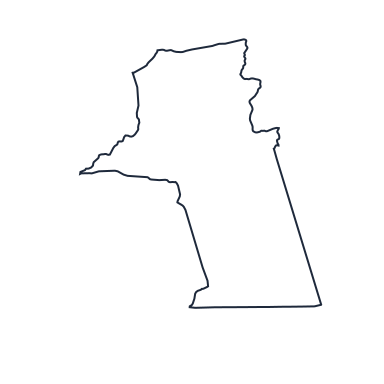 outline of Tarija, rotated 73°
{"feature_id": "BOL-1941", "entity_name": "Tarija", "entity_type": "Department", "adm_level": 1, "iso_a3": "BOL", "parent_name": "Bolivia", "parent_adm1": "", "projection": "mercator", "projection_center": [-64.397, -21.882], "detail": "fine", "context": "isolated", "style": "outline", "palette": "slate", "viewbox_px": 384, "rotation_deg": 73, "n_neighbors": 0, "source": "natural_earth", "source_scale": "10m", "svg_char_len": 3864}
<svg xmlns="http://www.w3.org/2000/svg" viewBox="0 0 384 384"><g transform="rotate(73 192 192)"><path d="M301.5,227.9L300.7,227.6L300.4,226.9L300.3,226.0L299.9,225.0L298.8,223.8L294.7,220.9L290.2,218.7L288.9,217.3L288.2,215.4L288.1,212.2L287.5,210.9L287.8,210.1L287.8,209.1L287.2,205.2L286.9,204.2L285.5,203.9L281.4,203.1L267.3,203.9L267.2,203.9L237.3,203.7L207.3,203.5L203.7,204.2L202.1,205.0L197.7,209.0L196.6,208.5L192.7,205.0L190.8,204.1L181.9,203.5L179.3,204.0L178.0,204.6L177.6,204.9L177.6,205.5L176.7,207.8L176.3,209.8L176.0,210.6L175.3,211.4L174.5,211.7L173.9,212.0L173.4,212.3L172.5,214.0L171.1,219.8L168.1,227.4L167.4,228.5L165.5,229.6L164.8,230.3L157.7,248.9L155.4,252.3L150.5,257.0L149.1,259.5L145.0,275.0L144.9,282.4L144.1,284.4L141.8,292.4L142.0,293.7L140.2,292.8L139.8,288.0L138.7,286.5L139.4,284.1L139.1,281.3L137.8,279.0L135.7,278.0L134.7,277.2L132.2,271.7L131.2,270.9L130.4,270.6L129.7,270.0L129.5,268.5L129.6,267.3L130.1,265.3L130.2,264.2L130.5,263.1L131.3,262.2L132.0,261.2L132.2,259.6L126.9,254.4L125.5,252.5L124.9,250.1L124.6,249.5L122.9,248.4L122.3,247.6L122.4,246.6L123.1,244.6L123.0,243.4L121.7,242.3L119.7,240.9L118.5,239.1L119.4,236.7L120.7,235.2L121.3,233.8L121.3,232.1L120.4,230.0L119.6,228.8L117.1,225.7L116.2,225.0L114.3,224.6L112.1,223.5L110.3,222.1L108.3,221.8L107.5,221.6L106.7,221.7L105.0,222.5L104.1,222.6L100.3,221.7L93.7,217.9L75.8,213.7L59.6,213.9L61.2,213.9L61.1,213.6L58.5,201.4L57.6,198.3L57.2,197.9L56.5,197.3L55.3,195.6L52.9,190.8L51.4,188.5L50.7,187.7L49.7,186.8L49.1,186.0L48.6,185.2L48.2,184.8L47.7,184.3L47.4,184.1L46.4,183.6L47.2,178.9L47.9,177.3L48.8,176.4L49.3,175.6L49.6,174.7L49.9,171.7L50.1,170.8L50.5,170.1L50.8,169.8L52.1,168.3L53.4,166.1L55.0,161.7L55.3,160.4L55.4,159.4L55.3,156.1L55.7,150.3L58.3,129.7L58.2,127.6L58.2,123.5L58.3,122.5L59.9,116.8L61.1,98.2L61.3,97.5L61.7,96.9L62.2,96.2L62.8,95.9L63.3,95.9L63.8,96.1L64.6,96.7L65.1,97.0L66.7,97.5L67.2,97.6L67.8,97.5L69.1,97.0L69.7,96.8L70.2,96.8L70.7,97.0L71.4,97.7L74.4,101.4L74.5,101.4L74.7,101.5L75.2,101.5L75.8,101.3L76.5,101.4L77.1,102.1L77.4,102.4L77.8,102.5L78.3,102.4L79.1,102.1L79.8,101.9L80.3,102.0L80.7,102.3L81.4,103.0L81.8,103.3L82.3,103.4L82.9,103.5L84.1,103.4L84.6,103.4L85.1,103.6L85.5,103.9L85.8,104.4L86.0,104.9L86.1,105.4L86.3,105.9L86.7,106.2L87.8,106.6L88.3,106.8L88.7,107.1L89.0,107.5L89.3,107.9L89.5,108.3L89.8,108.6L90.1,109.0L90.6,109.3L92.0,110.0L92.4,110.3L92.8,110.6L93.1,111.0L93.5,111.3L93.9,111.4L95.1,110.8L96.9,110.3L98.4,109.5L99.1,108.9L99.5,108.3L99.7,107.1L99.9,106.5L100.6,105.1L100.8,104.5L100.8,103.9L100.7,102.7L100.9,101.4L101.5,100.0L102.9,97.8L103.7,96.2L104.6,94.9L105.3,94.4L106.0,94.1L106.6,94.3L107.0,94.4L108.3,95.1L108.8,95.3L109.4,95.4L110.6,95.4L111.1,95.5L111.6,95.7L111.9,96.0L112.2,96.5L112.7,98.0L113.0,98.4L113.3,98.8L115.1,99.8L115.5,100.1L116.2,100.8L116.6,101.4L118.4,103.5L118.7,103.9L121.0,109.2L121.2,109.6L121.5,110.0L121.9,110.3L122.4,110.6L123.1,110.7L123.9,110.7L126.9,109.9L128.6,109.7L129.3,109.7L130.5,109.9L131.0,110.1L131.8,110.7L135.3,113.6L138.8,115.2L140.5,115.5L146.2,114.9L147.5,115.0L150.0,115.8L150.8,115.9L151.5,115.8L152.0,115.5L152.4,115.1L152.9,114.6L153.3,114.2L153.6,113.7L153.8,113.2L154.0,112.7L154.1,112.0L154.2,110.0L154.2,109.4L153.7,107.9L153.8,107.4L154.2,106.5L154.3,106.1L154.4,105.5L154.5,104.9L155.2,104.0L155.6,103.4L155.7,102.8L155.8,102.2L155.2,96.1L155.3,93.6L155.4,92.7L155.5,92.1L156.3,90.3L156.9,90.6L158.1,92.0L159.4,92.9L160.5,92.7L162.0,92.2L164.0,92.2L165.9,92.7L166.7,93.4L167.0,95.2L167.9,95.8L170.6,95.9L171.2,95.7L172.3,95.5L172.9,95.7L172.2,96.9L172.0,97.9L172.7,99.0L174.6,100.7L174.6,101.1L176.6,101.1L185.4,101.3L337.5,101.4L337.6,101.5L337.2,108.2L334.2,118.7L331.1,129.3L327.7,140.7L324.3,152.6L321.0,163.5L316.6,178.3L313.1,189.9L308.9,203.9L306.4,213.0L303.7,222.8L301.5,227.9Z" fill="none" stroke="#1e293b" stroke-width="2"/></g></svg>